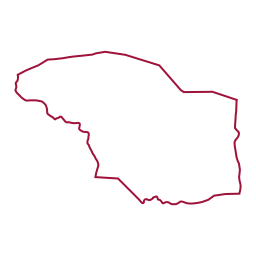 Caridad, Valle, Honduras (Albers equal-area conic projection)
{"feature_id": "27666195B77015637320307", "entity_name": "Caridad", "entity_type": "district", "adm_level": 2, "iso_a3": "HND", "parent_name": "Honduras", "parent_adm1": "Valle", "projection": "albers", "projection_center": [-87.706, 13.817], "detail": "fine", "context": "isolated", "style": "outline", "palette": "rose", "viewbox_px": 256, "rotation_deg": 0, "n_neighbors": 0, "source": "geoboundaries", "source_scale": "gbopen_adm2", "svg_char_len": 5331}
<svg xmlns="http://www.w3.org/2000/svg" viewBox="0 0 256 256"><path d="M236.7,99.9L212.5,91.8L183.8,92.1L180.8,90.1L159.3,65.4L125.3,54.8L105.2,51.8L95.7,53.4L92.3,54.6L82.0,55.7L72.9,56.6L69.2,57.1L62.9,58.2L54.2,59.2L47.6,59.6L38.4,65.3L31.3,68.2L25.9,70.5L17.7,74.8L17.8,75.3L17.9,75.8L18.0,76.4L18.0,76.9L18.0,77.2L18.0,77.9L17.9,78.9L17.7,79.6L17.6,80.1L17.5,80.5L17.4,80.9L17.3,81.0L17.2,81.1L17.1,81.3L16.9,81.4L16.7,81.6L16.4,82.0L16.2,82.2L16.0,82.6L15.9,82.8L15.8,83.0L15.8,83.4L15.8,83.6L15.8,83.8L15.8,84.0L15.9,84.3L15.9,84.5L16.1,84.8L16.1,85.1L16.2,85.4L16.2,86.0L16.3,86.5L16.3,87.4L16.3,87.5L15.8,88.9L15.4,90.3L16.1,91.6L16.5,92.5L17.0,93.0L19.0,94.9L20.8,96.8L21.2,97.2L21.6,97.6L22.7,98.4L23.3,98.9L24.0,99.3L24.5,99.7L25.1,100.1L25.4,100.2L25.6,100.3L25.9,100.4L26.2,100.5L26.7,100.5L27.2,100.5L27.8,100.5L28.6,100.5L29.8,100.3L30.3,100.3L30.6,100.3L32.4,100.3L34.5,100.3L35.8,100.3L36.2,100.4L36.5,100.4L39.5,101.0L41.5,101.4L42.1,101.6L42.3,101.7L43.0,102.3L43.4,102.7L44.3,103.5L45.3,104.6L45.7,105.1L45.8,105.2L45.9,105.4L46.0,105.7L46.4,106.9L46.9,108.6L47.0,109.3L47.1,109.6L47.1,109.9L47.1,110.9L47.1,111.4L47.2,111.9L47.3,112.7L47.4,113.3L47.4,113.5L47.5,113.6L47.6,113.8L48.2,114.3L48.9,114.8L49.5,115.3L50.4,115.9L51.4,116.5L52.7,117.3L53.0,117.5L53.3,117.8L53.7,118.3L54.1,118.6L54.3,118.8L54.5,118.9L54.8,119.1L55.1,119.3L55.3,119.3L55.5,119.2L55.6,118.9L55.8,118.7L57.4,118.1L58.5,117.8L58.7,117.7L58.9,117.6L59.2,117.2L59.5,117.1L59.9,116.8L60.2,116.8L60.5,116.7L61.0,116.7L61.1,116.8L61.4,116.9L61.4,117.0L61.7,117.3L62.2,117.8L62.6,118.3L63.7,119.6L64.3,120.2L64.4,120.3L64.5,120.6L64.7,120.9L64.9,121.1L65.1,121.4L65.4,121.6L65.7,121.8L66.0,122.0L66.5,122.2L66.9,122.3L67.2,122.4L67.5,122.4L67.9,122.3L68.4,122.2L68.7,122.2L68.8,122.2L69.4,122.4L70.4,122.6L70.7,122.7L72.4,123.0L73.1,123.1L73.5,123.1L74.6,123.2L75.1,123.2L75.5,123.1L76.0,123.1L76.6,123.0L77.2,122.9L77.7,122.9L78.0,122.9L78.4,123.0L78.9,123.1L79.1,123.1L79.4,123.3L79.5,123.4L79.6,123.5L79.7,123.8L79.8,124.0L79.8,124.7L79.8,125.0L79.7,125.5L79.6,126.3L79.5,126.8L79.3,127.4L79.2,127.8L79.2,128.1L79.2,128.4L79.2,128.7L79.3,129.0L79.4,129.3L79.5,129.4L79.6,129.6L79.9,129.8L80.3,130.1L81.0,130.6L82.0,131.2L82.5,131.4L83.1,131.7L83.5,131.8L84.6,131.9L86.0,132.0L87.0,132.1L87.6,132.2L87.7,132.3L87.9,132.4L88.1,132.5L88.3,132.8L88.4,133.0L88.5,133.1L88.6,133.4L88.7,133.6L88.7,134.0L88.8,134.4L88.8,134.8L88.7,135.1L88.7,135.4L88.5,136.2L88.4,136.6L88.4,137.0L88.4,137.9L88.4,138.3L88.3,138.6L88.3,138.8L88.2,139.1L87.9,139.9L87.7,140.3L87.6,140.9L87.5,141.4L87.4,142.0L87.4,142.6L87.5,143.0L87.5,143.3L87.7,143.6L87.8,143.9L88.0,144.1L88.4,144.5L88.5,144.6L88.7,144.8L88.9,145.3L89.0,145.6L89.2,146.0L89.4,146.8L89.6,147.3L90.2,148.5L91.0,149.9L91.3,150.4L91.8,151.5L92.3,152.7L92.7,153.4L92.9,153.8L93.1,154.2L93.3,154.4L93.9,155.2L94.2,155.6L94.3,155.8L94.6,156.3L94.7,156.6L94.9,156.9L95.3,157.8L95.4,158.1L95.7,158.6L96.0,159.1L96.5,159.8L96.7,160.1L97.1,160.7L97.2,161.0L97.5,161.5L97.7,162.1L97.9,162.9L98.0,163.2L98.2,163.7L98.2,164.1L98.3,164.6L98.3,165.0L98.3,165.3L98.3,165.6L98.3,165.9L98.2,166.3L98.0,166.8L97.8,167.5L97.4,168.7L97.2,169.5L96.5,171.8L96.3,172.7L96.1,173.2L96.0,174.0L95.6,176.1L95.4,177.1L118.0,178.5L139.3,199.8L140.0,200.7L140.9,201.8L141.6,202.4L141.8,202.6L142.2,202.9L142.4,203.0L142.5,203.1L142.8,203.1L143.0,203.1L143.3,203.0L143.5,202.9L143.6,202.6L143.8,202.3L143.8,202.2L143.9,201.9L143.9,201.5L143.9,201.3L143.9,201.1L144.0,200.9L144.1,200.5L144.3,200.2L144.5,199.9L144.8,199.6L145.1,199.4L145.4,199.3L145.6,199.2L145.9,199.2L146.0,199.2L146.3,199.2L146.6,199.3L147.0,199.4L147.3,199.4L147.5,199.5L147.8,199.6L148.3,199.9L148.5,200.0L149.0,200.1L149.3,200.1L149.7,200.0L150.0,200.0L150.5,199.8L150.8,199.7L151.1,199.5L151.6,199.2L152.1,198.9L152.4,198.6L152.6,198.5L152.8,198.3L152.9,198.1L153.0,197.8L153.0,197.7L154.0,197.2L155.8,196.6L156.1,196.5L156.4,196.5L156.5,196.5L156.9,196.7L157.0,196.8L157.2,197.1L157.3,197.2L157.3,197.3L157.5,197.9L157.6,198.3L157.7,198.7L157.8,199.1L157.9,199.4L158.0,199.5L159.8,199.9L160.0,200.0L160.5,200.5L161.0,201.0L161.4,201.5L161.6,201.8L162.0,202.4L162.3,202.7L162.4,202.9L162.6,203.0L162.8,203.2L163.0,203.3L163.4,203.2L163.6,203.2L164.1,203.0L164.4,202.8L165.3,202.4L165.6,202.3L165.9,202.2L166.2,202.1L166.6,202.1L166.8,202.1L167.2,202.1L167.4,202.1L167.9,202.2L168.2,202.3L168.6,202.4L168.9,202.6L169.2,202.8L170.0,203.3L170.4,203.5L170.8,203.7L171.1,203.9L171.4,204.0L171.6,204.1L172.0,204.1L172.5,204.2L173.6,204.2L174.2,204.2L175.2,204.1L175.9,204.1L176.4,204.0L176.6,203.9L177.4,203.5L177.8,203.3L178.4,203.0L178.9,202.7L179.2,202.4L179.4,202.2L179.6,202.1L179.9,201.8L180.2,201.7L180.5,201.6L180.8,201.6L181.2,201.5L181.5,201.5L182.0,201.6L182.5,201.7L183.2,201.9L183.8,202.1L184.1,202.2L184.8,202.5L187.3,203.3L189.5,203.5L192.6,203.5L196.1,203.1L198.7,202.7L201.7,202.1L204.9,201.0L208.3,199.8L211.8,197.3L214.0,195.7L225.6,194.0L239.4,193.7L239.4,193.4L240.1,190.5L240.4,188.6L240.6,186.8L240.5,184.6L239.5,180.4L239.1,177.3L239.9,169.8L239.0,163.7L237.6,160.6L236.5,156.9L235.9,152.9L234.8,146.2L234.5,142.6L235.3,140.3L236.2,139.2L238.0,136.9L238.8,134.9L238.9,132.6L238.0,131.3L236.8,130.2L235.1,128.3L235.0,125.7L235.5,119.7L235.7,114.9L236.2,111.2L236.6,100.1L236.7,99.9Z" fill="none" stroke="#9f1239" stroke-width="2"/></svg>